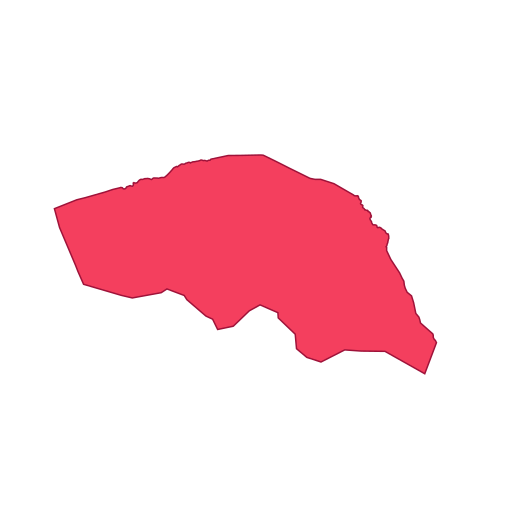 outline of Santa Lucía Miahuatlán, Oaxaca, Mexico, rotated 295°
{"feature_id": "50627088B60870916412077", "entity_name": "Santa Lucía Miahuatlán", "entity_type": "district", "adm_level": 2, "iso_a3": "MEX", "parent_name": "Mexico", "parent_adm1": "Oaxaca", "projection": "robinson", "projection_center": [-96.604, 16.179], "detail": "fine", "context": "isolated", "style": "filled", "palette": "rose", "viewbox_px": 512, "rotation_deg": 295, "n_neighbors": 0, "source": "geoboundaries", "source_scale": "gbopen_adm2", "svg_char_len": 3426}
<svg xmlns="http://www.w3.org/2000/svg" viewBox="0 0 512 512"><g transform="rotate(295 256 256)"><path d="M213.7,53.3L198.8,65.9L171.2,96.5L166.7,101.2L157.5,111.7L163.4,150.5L165.7,161.6L182.7,185.6L188.5,189.2L189.9,207.6L187.2,211.8L182.9,227.1L180.4,236.0L180.4,243.4L173.2,252.3L182.8,265.1L203.5,273.1L213.4,280.3L213.9,299.8L209.3,302.3L201.7,324.6L189.1,331.9L185.6,344.9L187.4,359.7L208.4,376.1L214.3,391.5L224.1,413.2L220.6,458.7L253.4,456.2L253.7,456.2L255.4,454.1L255.6,453.0L257.1,451.1L259.1,450.1L260.1,449.2L264.8,433.4L267.5,431.3L269.5,429.4L271.5,425.1L280.3,418.6L285.6,413.8L287.0,408.3L289.9,404.8L292.2,402.8L295.7,400.6L297.7,397.7L297.8,397.6L301.2,393.5L301.3,393.4L309.8,379.7L316.1,372.1L319.0,370.8L319.2,370.3L319.3,370.0L320.6,370.2L321.5,370.0L322.5,369.8L323.8,369.8L324.6,369.4L325.3,369.4L326.2,369.1L327.2,368.9L328.2,368.9L329.0,368.4L330.1,367.9L331.1,367.1L331.8,366.5L331.7,366.0L331.5,365.9L331.5,365.4L331.6,364.7L332.0,363.7L332.8,362.9L333.3,362.3L333.4,361.3L333.4,360.6L333.6,359.9L333.6,358.9L334.1,358.0L334.0,357.7L334.2,357.2L334.2,356.7L334.3,356.1L334.0,355.3L333.6,355.0L333.2,354.6L333.1,354.0L333.4,353.5L333.9,353.2L334.7,352.4L334.7,351.6L334.5,350.6L334.1,349.8L333.7,348.9L333.9,348.4L334.5,347.5L335.0,346.7L335.7,346.4L336.2,345.8L336.8,344.7L337.4,343.9L338.0,343.4L338.6,343.3L339.0,343.5L339.5,343.9L340.3,343.9L340.5,343.3L341.3,343.4L341.9,342.6L342.7,341.9L343.3,341.4L343.5,340.7L343.8,340.0L343.7,339.2L343.7,338.7L344.4,338.3L344.5,337.6L344.2,337.1L344.0,336.4L344.1,335.7L343.8,335.2L344.2,334.7L344.5,334.2L344.7,333.6L344.8,333.2L344.9,332.6L345.2,332.0L346.1,331.8L346.9,331.5L347.2,330.7L347.1,329.9L347.2,329.3L347.6,328.6L348.3,328.5L349.1,328.5L349.7,328.3L350.4,328.1L350.8,327.1L350.8,326.5L350.9,325.9L351.3,325.4L351.9,324.7L352.4,324.0L352.9,323.9L353.4,323.3L353.6,322.7L353.4,322.4L353.1,322.2L353.0,321.6L352.5,320.7L352.2,319.4L352.4,318.9L352.5,318.8L354.5,296.1L352.8,282.3L350.4,277.1L349.3,272.6L349.2,271.6L349.5,258.7L349.7,249.0L350.0,240.1L350.2,232.8L350.4,221.6L350.4,219.9L349.5,217.5L340.7,199.6L335.3,188.3L324.7,174.2L323.4,173.9L322.7,172.5L322.0,172.0L321.5,171.7L321.3,171.3L321.2,170.5L321.1,169.8L320.8,168.8L320.2,168.0L320.0,166.3L319.7,165.5L318.8,164.8L317.8,163.7L317.1,162.7L316.6,161.9L316.2,161.5L315.9,161.0L315.3,160.2L314.7,159.0L314.2,158.6L313.7,158.1L313.3,157.7L312.9,157.3L312.7,157.3L312.7,157.0L312.8,156.9L312.7,156.6L312.8,156.3L312.6,155.8L312.3,155.1L311.4,154.4L311.1,154.1L310.6,153.3L309.9,152.8L309.2,152.5L308.7,151.8L308.5,151.1L308.3,150.5L308.0,149.8L307.6,149.3L307.2,149.2L306.8,149.0L306.3,148.6L305.8,148.2L303.7,147.2L303.6,146.2L301.3,144.3L299.9,143.8L298.9,143.6L295.2,142.5L291.8,141.3L289.1,140.1L288.2,139.4L287.8,138.4L287.5,137.7L287.0,136.8L285.6,135.2L285.1,134.5L284.9,133.5L284.6,132.9L284.2,132.0L283.8,131.0L283.4,130.2L282.7,129.7L281.5,129.2L281.1,128.9L281.0,128.0L281.0,126.9L280.5,125.0L279.7,123.7L279.1,122.5L277.5,120.9L276.8,119.2L275.6,118.3L274.2,117.8L272.3,117.4L271.2,116.1L270.9,115.2L270.9,114.3L270.2,113.9L269.1,114.6L267.9,114.9L267.0,114.5L266.6,112.9L266.6,112.2L266.3,111.8L265.6,111.2L264.6,110.2L263.9,109.5L263.5,109.5L262.5,109.4L261.7,109.0L261.2,108.4L260.8,107.4L261.4,105.9L261.1,105.1L261.1,104.6L260.4,103.9L255.8,98.1L250.3,92.3L236.6,76.5L235.4,75.0L231.2,69.8L213.7,53.3Z" fill="#f43f5e" stroke="#9f1239" stroke-width="1.5"/></g></svg>